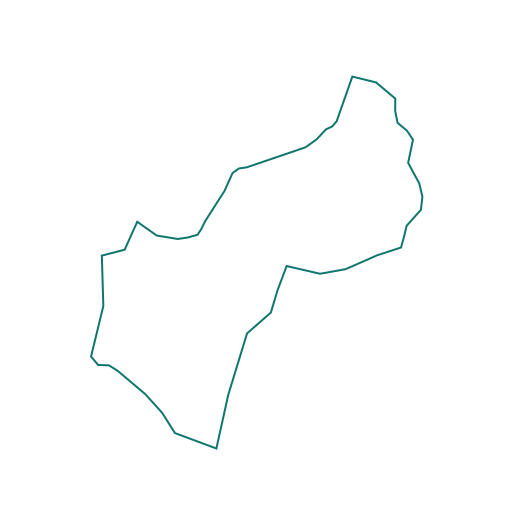 outline of Kaberamaido, rotated 13°
{"feature_id": "UGA-3066", "entity_name": "Kaberamaido", "entity_type": "District", "adm_level": 1, "iso_a3": "UGA", "parent_name": "Uganda", "parent_adm1": "", "projection": "orthographic", "projection_center": [33.211, 1.704], "detail": "fine", "context": "isolated", "style": "outline", "palette": "teal", "viewbox_px": 512, "rotation_deg": 13, "n_neighbors": 0, "source": "natural_earth", "source_scale": "10m", "svg_char_len": 760}
<svg xmlns="http://www.w3.org/2000/svg" viewBox="0 0 512 512"><g transform="rotate(13 256 256)"><path d="M126.7,397.7L117.9,391.1L118.5,339.1L105.7,290.3L126.6,279.4L132.6,249.4L154.7,258.4L176.0,257.0L185.4,253.3L194.3,248.4L196.7,241.8L198.7,233.3L210.7,199.6L214.5,180.4L219.6,174.6L227.0,171.7L279.7,139.0L288.7,128.9L295.7,116.9L301.1,112.6L304.3,106.5L309.5,59.5L334.0,59.9L356.3,71.3L359.0,83.4L364.0,94.4L375.0,100.0L382.8,107.4L383.3,131.0L398.8,148.6L404.8,160.8L406.3,173.8L396.0,192.6L395.9,203.6L395.4,215.1L373.8,228.1L346.4,248.6L322.4,258.9L288.1,258.9L284.7,284.6L283.2,307.8L264.7,333.4L260.2,397.4L260.7,452.5L216.9,446.8L199.8,429.9L179.2,415.5L147.2,399.1L137.3,395.6L126.7,397.7Z" fill="none" stroke="#0f766e" stroke-width="2"/></g></svg>